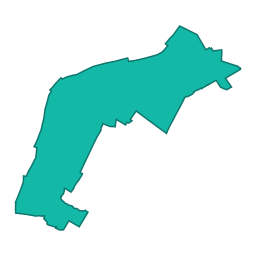 Calafat, Dolj, Romania
{"feature_id": "2599482B25793033278683", "entity_name": "Calafat", "entity_type": "district", "adm_level": 2, "iso_a3": "ROU", "parent_name": "Romania", "parent_adm1": "Dolj", "projection": "mercator", "projection_center": [22.936, 43.949], "detail": "fine", "context": "isolated", "style": "filled", "palette": "teal", "viewbox_px": 256, "rotation_deg": 0, "n_neighbors": 0, "source": "geoboundaries", "source_scale": "gbopen_adm2", "svg_char_len": 5157}
<svg xmlns="http://www.w3.org/2000/svg" viewBox="0 0 256 256"><path d="M156.9,126.4L166.5,133.4L166.9,132.2L167.0,132.1L167.1,131.9L167.1,131.6L167.2,131.4L167.6,130.6L169.0,127.6L169.2,127.0L169.9,125.8L170.4,124.6L171.0,123.7L172.0,121.8L173.8,118.7L175.6,115.0L179.5,107.8L182.5,102.2L183.2,100.8L184.8,97.3L184.9,97.1L185.8,96.9L186.9,96.7L187.7,96.5L188.8,96.0L190.6,95.1L192.7,93.8L192.8,93.6L193.0,93.1L193.4,92.8L194.0,92.4L193.8,92.0L193.8,91.8L194.9,91.1L197.5,89.9L198.0,89.6L198.1,89.9L201.3,88.1L201.5,88.6L207.1,85.4L207.4,85.3L207.1,84.9L208.3,84.2L208.6,84.6L216.1,80.3L216.4,80.7L217.6,82.5L219.0,84.9L220.6,87.2L221.4,87.6L223.9,88.7L226.7,89.7L227.8,89.1L231.5,87.0L231.2,86.6L227.3,81.0L225.4,78.2L238.7,70.4L240.5,69.3L240.6,69.2L240.6,68.8L240.3,68.2L240.1,67.9L239.8,68.0L239.5,68.0L239.2,67.8L239.0,67.6L238.9,67.3L238.4,66.5L238.0,66.4L236.6,65.9L231.7,64.3L230.6,64.0L227.3,62.9L225.6,62.4L224.4,61.9L222.6,61.4L221.4,61.0L221.5,59.4L221.5,57.5L221.5,56.5L221.6,55.7L221.8,53.0L221.8,51.9L221.7,49.9L217.4,50.4L212.9,50.9L211.8,48.7L211.5,48.1L210.4,48.7L209.3,47.7L207.6,48.9L207.4,49.0L205.7,49.5L197.9,36.1L197.1,34.7L179.7,26.0L176.7,30.2L173.2,35.0L169.4,38.9L165.8,43.3L165.4,43.7L167.7,46.0L162.2,52.1L157.0,54.9L153.0,56.0L152.3,56.2L143.8,58.5L135.3,60.5L128.6,61.3L127.7,58.0L120.9,59.7L115.7,61.2L110.4,62.2L105.4,63.2L98.8,65.0L92.8,66.6L88.9,68.5L84.7,70.5L76.4,74.7L72.7,75.3L66.9,76.9L63.5,78.5L62.4,79.2L61.0,77.8L56.1,82.9L52.5,87.3L49.9,90.0L51.4,91.0L48.9,95.2L45.7,107.2L45.4,107.9L45.2,108.4L44.0,117.4L43.9,118.0L41.0,130.3L39.0,135.2L37.1,140.4L34.1,146.7L36.9,147.8L35.7,158.5L34.6,159.6L32.5,164.1L30.7,167.4L28.9,170.5L26.2,176.3L23.5,175.9L23.4,181.8L20.2,190.8L15.4,202.6L15.8,202.7L15.5,208.6L15.7,213.1L21.7,213.8L26.8,214.4L28.6,214.8L28.9,214.8L29.2,214.8L30.7,215.2L31.1,215.2L32.0,215.3L33.0,215.5L33.8,215.7L34.4,215.9L35.0,216.0L35.3,216.0L35.8,216.0L36.4,215.9L36.9,216.0L37.2,216.0L37.4,216.0L37.5,215.9L38.0,215.9L38.5,215.8L38.8,215.8L39.1,215.7L39.2,215.8L39.3,215.8L39.5,215.8L40.1,215.9L40.3,216.0L40.5,216.1L40.9,216.0L41.4,216.0L41.8,216.0L41.9,215.9L42.3,216.0L42.5,216.2L43.0,215.9L43.4,215.7L43.6,215.7L43.8,215.7L44.0,215.7L44.2,215.8L44.4,216.3L44.6,216.7L44.6,216.9L44.5,217.0L44.3,217.1L44.1,217.2L44.0,217.3L44.1,217.6L44.0,217.8L44.0,218.1L43.9,218.3L43.9,218.5L44.1,218.5L44.1,218.9L44.3,219.0L44.5,219.1L44.7,219.3L44.6,219.5L44.8,219.8L45.0,219.8L45.5,220.5L46.2,221.2L46.9,221.7L47.2,222.4L47.1,222.8L47.1,223.1L47.3,223.3L47.1,223.6L47.0,223.9L47.1,224.0L47.3,224.1L47.6,224.1L47.8,224.2L48.0,224.4L47.9,224.5L47.7,224.7L47.8,224.8L48.0,224.8L48.6,225.0L49.2,225.2L50.0,225.6L50.3,225.6L51.1,225.7L51.3,225.8L51.6,225.8L52.2,226.1L54.1,226.7L54.5,226.9L54.7,227.0L54.8,227.0L55.0,227.0L55.6,226.8L55.9,226.7L56.1,226.7L56.3,226.8L56.5,227.1L56.7,227.5L56.9,227.8L56.9,228.0L56.6,228.2L56.4,228.1L56.1,228.1L55.9,228.1L55.7,228.1L55.7,228.3L56.0,228.4L56.7,228.6L57.1,228.7L57.9,229.3L58.5,229.5L58.8,229.5L59.2,229.6L59.3,229.6L59.7,230.0L60.0,229.9L60.4,229.9L60.5,229.9L61.1,230.0L61.6,230.0L61.9,229.9L62.3,229.9L62.7,229.9L63.0,229.9L63.3,229.8L63.5,229.8L63.6,229.7L68.9,220.7L70.4,221.5L70.5,221.6L70.7,221.9L70.9,222.0L71.2,222.1L71.7,222.3L73.0,223.1L76.0,224.9L76.8,225.4L78.2,226.1L79.2,226.8L88.0,212.2L87.7,211.9L87.2,211.7L86.7,211.5L86.3,211.3L86.2,211.2L86.1,210.8L85.9,210.5L85.7,210.3L83.9,210.9L83.7,210.9L83.4,210.9L82.8,210.9L81.9,210.8L80.2,210.8L79.9,210.8L79.4,210.5L79.1,210.3L78.8,210.0L77.9,209.2L77.7,209.1L77.2,208.9L76.7,208.6L76.2,208.4L75.5,208.5L74.9,208.5L74.6,208.5L74.1,208.3L73.9,208.2L73.6,208.0L73.5,207.8L73.5,207.4L73.1,207.1L73.1,206.9L72.8,206.7L72.3,206.2L71.8,205.9L71.6,205.7L71.1,205.6L70.3,205.4L69.8,205.3L69.5,205.4L69.2,205.4L68.9,205.4L68.7,205.3L68.6,205.1L68.4,204.9L68.2,204.7L67.6,204.3L67.1,204.0L66.6,203.8L66.1,203.7L65.1,203.2L64.9,203.0L64.7,202.8L64.5,202.6L64.4,202.4L64.2,202.2L63.8,201.7L63.6,201.6L63.1,201.3L62.8,201.1L62.6,200.6L62.4,200.3L62.2,200.2L61.7,200.0L61.2,199.7L61.0,199.3L61.0,199.2L61.0,198.7L61.0,198.3L61.0,198.1L61.0,197.8L60.9,197.6L60.7,197.4L60.6,197.1L60.8,196.9L61.1,196.9L61.3,196.8L61.6,196.3L61.7,195.7L61.7,195.4L61.9,195.1L62.3,194.8L62.8,194.6L63.1,194.4L63.2,194.2L63.5,193.7L63.6,193.4L63.9,192.1L64.3,190.9L64.4,190.4L64.3,189.8L64.2,189.6L64.2,189.3L64.4,188.8L64.8,188.3L68.6,190.6L71.0,192.1L71.3,191.8L71.9,190.9L73.7,188.5L73.4,188.3L74.4,186.5L75.8,184.1L76.0,183.8L77.1,182.2L77.6,181.6L77.8,181.3L77.9,181.2L78.1,181.1L78.4,180.8L79.0,179.8L79.7,178.6L80.4,177.6L81.7,175.4L82.3,174.4L82.5,173.8L81.1,173.0L80.1,172.4L92.2,146.8L97.5,136.0L99.5,132.9L100.0,131.9L100.3,131.3L100.7,130.8L100.8,130.3L101.0,129.9L101.1,129.6L100.8,129.2L100.8,128.7L102.4,125.3L102.9,123.6L110.0,126.5L111.9,126.5L114.7,126.8L115.2,126.8L115.8,121.7L115.9,121.2L116.0,120.3L116.1,119.4L120.2,121.7L125.6,124.9L127.2,122.3L128.7,122.9L128.9,123.0L129.2,123.0L129.5,122.6L130.2,121.9L130.5,121.7L131.2,121.5L131.5,121.3L131.8,121.0L132.0,120.8L131.1,120.2L130.3,119.6L131.3,118.0L136.2,111.0L140.4,114.2L145.8,118.2L156.9,126.4Z" fill="#14b8a6" stroke="#0f766e" stroke-width="1.5"/></svg>